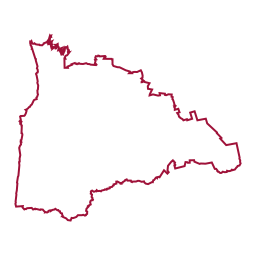 Waitomo District, Waikato, New Zealand
{"feature_id": "76426892B29950050378985", "entity_name": "Waitomo District", "entity_type": "district", "adm_level": 2, "iso_a3": "NZL", "parent_name": "New Zealand", "parent_adm1": "Waikato", "projection": "robinson", "projection_center": [174.849, -38.431], "detail": "fine", "context": "isolated", "style": "outline", "palette": "rose", "viewbox_px": 256, "rotation_deg": 0, "n_neighbors": 0, "source": "geoboundaries", "source_scale": "gbopen_adm2", "svg_char_len": 5594}
<svg xmlns="http://www.w3.org/2000/svg" viewBox="0 0 256 256"><path d="M67.2,55.2L69.0,52.8L68.3,53.1L68.0,52.5L68.7,51.5L68.2,51.3L68.9,50.2L68.7,49.9L68.0,50.0L67.6,49.3L67.7,48.4L67.2,48.1L67.6,47.6L67.4,46.7L66.8,47.3L65.8,47.1L65.0,48.0L64.9,48.7L64.3,47.7L63.9,48.9L64.0,49.8L64.4,50.1L64.1,50.7L64.3,51.2L63.0,54.4L62.5,53.9L61.4,54.5L61.2,54.0L62.7,52.4L62.9,50.2L61.5,50.8L60.5,52.2L59.9,51.1L61.6,49.1L62.0,47.9L59.5,48.9L58.9,50.1L58.2,50.3L58.8,48.1L58.7,47.2L57.9,46.9L57.7,44.0L56.2,44.9L55.3,44.9L56.3,45.9L56.2,48.3L55.5,48.5L55.2,47.7L54.7,48.4L54.8,47.6L55.5,47.4L54.8,46.9L53.0,48.3L53.5,47.1L52.7,46.6L52.4,46.7L52.2,47.8L51.8,48.6L51.6,48.5L51.7,46.6L51.1,46.7L50.9,45.7L51.6,45.4L51.3,44.7L51.9,44.4L51.3,43.6L51.6,43.2L51.0,42.9L51.9,41.3L51.0,41.7L50.0,44.2L49.4,43.8L48.2,44.2L48.1,43.7L49.1,43.6L49.3,42.9L48.4,42.0L47.2,42.3L48.4,40.9L49.2,41.7L49.7,41.6L50.0,38.1L50.5,37.3L51.2,37.0L50.9,36.4L51.1,35.7L50.4,36.0L50.0,35.5L48.9,39.2L46.9,42.0L43.8,43.3L43.8,43.8L42.1,45.3L39.6,45.1L38.9,44.0L39.0,44.6L38.1,44.7L35.8,44.3L34.4,43.3L33.9,43.8L32.7,43.7L32.0,42.8L31.4,41.0L30.8,41.6L30.2,41.5L30.2,43.2L30.7,44.3L30.5,44.9L31.7,46.9L31.6,47.5L32.1,48.4L31.8,49.0L32.3,49.2L35.4,58.9L35.9,59.1L35.8,60.5L37.5,66.3L36.9,68.4L37.6,69.4L37.9,71.8L37.5,72.6L36.9,72.7L36.0,73.9L36.6,75.4L37.5,80.1L37.7,81.5L37.3,82.8L38.2,85.4L37.9,89.4L37.4,90.4L37.6,93.5L38.0,94.3L37.1,96.9L36.4,97.6L36.7,99.1L34.6,99.7L33.8,100.3L31.8,104.5L30.5,105.5L30.1,106.7L28.9,107.2L28.2,108.2L26.5,109.5L25.6,109.8L26.6,110.8L25.8,113.4L24.9,115.2L24.3,115.8L20.0,116.1L20.4,116.2L20.1,116.5L20.8,119.9L20.1,120.7L20.5,120.7L20.3,121.3L21.1,121.2L21.5,121.6L21.2,122.2L20.4,122.4L20.2,123.8L21.1,124.0L21.5,125.8L21.8,125.8L21.5,133.2L22.1,133.4L22.4,134.8L21.5,139.7L20.2,140.6L21.1,140.5L21.2,141.1L20.8,140.8L20.6,141.2L21.0,144.5L20.0,145.7L19.2,147.9L20.3,155.1L19.6,158.5L19.7,161.6L19.2,161.8L19.1,162.7L19.4,165.1L18.4,175.8L17.9,176.9L17.0,182.8L17.4,183.3L16.8,190.5L16.2,193.5L16.4,194.6L15.6,201.5L15.8,202.5L15.4,203.8L16.1,206.6L22.8,206.1L22.5,207.4L24.3,209.4L25.2,208.9L26.0,209.1L27.1,208.2L31.7,207.9L33.1,209.5L35.0,208.7L35.3,209.2L36.5,209.0L40.2,209.9L40.7,209.4L42.8,209.6L44.3,211.4L45.3,212.0L45.2,212.3L45.9,212.1L47.0,212.5L48.0,212.0L48.4,211.0L49.4,210.5L51.0,210.3L50.9,210.9L52.5,209.9L54.5,209.5L55.3,208.8L57.5,210.3L58.3,210.1L59.4,211.5L60.0,211.4L60.3,212.6L60.7,213.1L62.0,213.4L62.2,214.8L62.7,215.7L62.3,216.2L62.8,216.2L62.9,216.9L66.2,218.4L67.8,220.1L70.6,220.5L71.6,217.9L73.0,218.1L75.2,217.4L76.4,216.9L77.9,215.2L82.0,215.2L83.2,214.8L84.9,215.6L85.6,215.4L86.0,215.1L85.9,214.6L87.1,213.9L87.2,211.6L86.1,210.9L86.5,208.7L88.5,206.6L87.9,206.1L88.2,205.8L90.7,204.5L90.1,202.1L90.5,201.6L90.6,200.8L91.4,200.2L92.7,200.2L93.0,199.6L92.3,198.5L92.4,197.8L91.6,197.0L92.0,194.6L90.8,193.7L91.1,193.2L90.8,191.7L91.3,190.9L92.2,190.6L93.7,191.7L94.6,191.6L95.5,191.1L96.3,191.3L96.7,190.2L97.9,191.1L99.6,190.9L101.0,191.3L101.5,190.6L104.7,189.8L104.9,189.4L105.8,189.5L106.4,189.1L106.8,189.5L107.4,188.6L108.1,188.8L109.7,188.3L109.6,187.4L112.2,186.8L112.8,185.8L113.7,185.4L113.6,184.4L116.4,183.6L116.3,181.6L117.4,181.5L120.3,183.1L120.5,183.7L121.5,183.7L121.4,182.9L122.7,182.6L123.0,181.9L124.8,180.9L125.1,180.1L126.7,179.4L127.4,180.6L130.9,180.6L131.3,181.8L132.1,182.1L132.5,181.6L136.1,181.5L137.9,180.8L139.3,180.9L141.7,181.8L144.0,181.4L144.4,182.5L145.7,183.6L148.1,184.1L152.0,182.1L152.8,182.2L153.2,180.3L154.1,180.0L155.9,177.6L156.7,177.3L157.2,178.0L157.6,177.1L159.0,176.8L159.6,177.2L164.0,170.3L167.4,173.6L168.7,172.2L167.5,170.5L168.0,165.8L171.3,161.7L172.8,160.4L173.2,161.2L173.8,161.2L174.0,161.7L175.0,162.5L174.5,163.6L175.3,164.7L175.2,165.3L174.4,165.5L175.2,168.5L184.6,166.1L185.5,162.1L187.2,162.2L187.8,162.8L189.7,162.7L189.7,160.3L194.1,160.2L194.4,161.7L199.7,163.9L200.8,163.5L205.5,163.7L211.8,162.5L214.8,168.9L216.2,168.9L217.5,170.6L217.3,171.0L217.9,171.7L219.0,171.9L219.7,172.7L220.8,173.0L221.6,172.8L222.7,171.7L224.8,172.2L226.6,172.0L227.0,171.8L227.1,170.8L228.8,171.2L230.8,170.8L231.9,169.7L232.5,170.2L234.9,169.5L236.5,167.4L237.2,166.9L237.6,166.0L239.5,165.5L240.6,163.4L240.1,162.1L240.2,160.3L239.4,158.7L239.6,157.6L236.5,143.2L226.2,145.1L220.2,138.6L221.4,137.9L216.8,133.1L217.0,132.5L207.2,123.4L205.8,118.7L197.4,120.3L194.6,111.3L190.2,112.6L192.1,118.8L187.2,120.3L186.9,119.2L183.4,120.3L182.6,119.2L180.3,117.9L179.6,117.0L179.0,116.7L178.6,114.9L177.5,113.5L177.2,113.0L179.5,112.3L178.3,108.8L174.8,109.8L174.8,107.8L174.3,107.1L175.0,106.5L174.4,106.0L175.3,105.6L174.3,104.6L174.2,103.3L173.0,99.7L172.4,99.1L172.7,97.1L171.5,96.7L171.7,94.5L168.4,94.3L166.1,95.2L164.9,94.9L164.9,93.7L159.6,93.1L160.0,95.3L158.1,95.6L153.0,94.4L149.6,95.4L149.8,94.3L152.1,89.5L148.0,88.8L147.8,86.2L149.5,83.2L144.3,81.9L144.2,81.1L143.5,80.9L143.0,80.9L142.3,82.1L141.6,82.2L141.6,81.8L142.9,80.1L141.2,78.5L142.5,77.7L142.6,75.5L141.9,72.4L140.8,70.3L137.1,72.0L134.1,71.9L132.2,72.4L132.3,73.2L129.1,73.2L130.1,71.9L129.9,71.5L125.8,70.3L119.6,67.3L117.5,67.2L113.5,66.0L112.5,64.3L112.5,59.5L112.0,59.6L111.7,58.9L103.7,58.8L104.0,58.1L105.5,57.0L105.6,56.5L105.1,56.0L99.8,56.4L99.4,55.9L98.2,55.6L97.8,56.3L95.8,56.2L95.2,57.9L96.3,59.5L95.0,59.9L95.5,61.1L94.9,63.4L96.1,64.1L96.5,64.7L96.1,65.1L90.5,64.6L89.6,64.1L87.7,64.0L86.2,63.2L83.0,64.0L79.9,63.8L79.0,63.2L78.1,63.9L77.0,63.6L76.8,64.1L75.3,63.6L74.9,63.0L71.6,64.2L71.9,64.8L67.5,66.6L67.9,67.8L64.6,67.8L64.4,58.6L65.4,58.7L64.9,57.2L65.6,55.8L67.2,55.2Z" fill="none" stroke="#9f1239" stroke-width="2"/></svg>